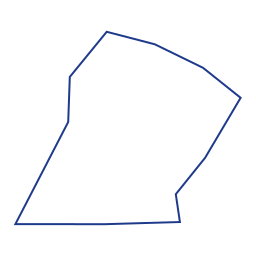 Saint John, orthographic projection
{"feature_id": "GRD-5073", "entity_name": "Saint John", "entity_type": "Parish", "adm_level": 1, "iso_a3": "GRD", "parent_name": "Grenada", "parent_adm1": "", "projection": "orthographic", "projection_center": [-61.707, 12.147], "detail": "fine", "context": "isolated", "style": "outline", "palette": "blue", "viewbox_px": 256, "rotation_deg": 0, "n_neighbors": 0, "source": "natural_earth", "source_scale": "10m", "svg_char_len": 262}
<svg xmlns="http://www.w3.org/2000/svg" viewBox="0 0 256 256"><path d="M15.4,224.1L68.2,122.0L69.8,76.9L106.7,31.8L154.8,44.3L203.0,67.8L240.6,97.8L205.1,157.8L175.8,194.2L179.9,222.0L104.6,224.2L15.4,224.1Z" fill="none" stroke="#1e3a8a" stroke-width="2"/></svg>